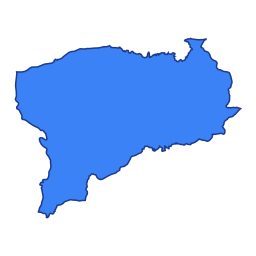 outline of Bazartete, Liquica, East Timor
{"feature_id": "22284137B77878310699205", "entity_name": "Bazartete", "entity_type": "district", "adm_level": 2, "iso_a3": "TLS", "parent_name": "East Timor", "parent_adm1": "Liquica", "projection": "mercator", "projection_center": [125.444, -8.63], "detail": "fine", "context": "isolated", "style": "filled", "palette": "blue", "viewbox_px": 256, "rotation_deg": 0, "n_neighbors": 0, "source": "geoboundaries", "source_scale": "gbopen_adm2", "svg_char_len": 5699}
<svg xmlns="http://www.w3.org/2000/svg" viewBox="0 0 256 256"><path d="M206.4,38.5L205.9,39.1L204.2,39.3L203.5,39.6L198.4,39.8L191.9,39.0L190.6,38.4L189.6,39.0L188.0,38.9L184.9,40.1L184.6,40.6L184.8,40.9L186.1,41.1L186.7,41.7L187.6,41.6L188.1,42.2L188.7,42.5L188.9,44.0L190.0,44.8L190.2,47.3L191.5,48.2L192.3,49.4L190.8,50.1L190.0,51.9L189.6,52.1L189.1,52.9L188.5,53.1L188.6,53.7L188.1,54.6L188.1,55.2L187.0,56.2L187.1,56.8L186.1,57.1L186.4,57.5L185.9,57.5L186.1,57.8L185.5,58.5L185.0,59.8L184.5,60.4L183.3,60.5L182.5,60.9L182.3,61.3L181.9,61.2L181.3,60.0L180.6,59.7L179.3,60.5L178.6,61.6L176.6,61.4L176.2,60.5L175.1,60.2L174.8,59.9L174.8,58.5L174.4,57.9L174.1,56.9L174.1,56.6L174.5,56.4L173.9,56.3L173.6,55.6L175.0,53.9L174.7,53.4L173.3,52.8L172.3,53.2L171.7,54.3L169.3,53.9L168.3,53.5L168.2,52.9L167.4,54.3L167.1,54.3L167.0,54.0L166.1,54.4L164.7,54.2L164.6,52.9L163.9,53.2L163.2,52.8L161.5,52.9L160.3,53.5L159.9,54.1L159.6,53.8L159.3,53.9L159.1,54.1L159.3,54.4L159.0,54.6L159.1,54.3L158.5,54.2L158.3,53.8L157.3,53.8L156.5,54.5L156.6,55.1L156.3,55.3L156.3,55.1L155.8,55.1L155.7,54.6L155.4,54.7L155.5,54.4L155.0,54.5L154.9,55.1L154.8,54.5L153.5,55.1L153.2,55.0L151.4,56.8L150.7,56.8L149.9,57.5L149.5,57.2L149.6,55.6L149.1,54.6L149.4,54.2L149.1,53.2L148.8,52.8L148.9,52.4L148.5,52.3L147.9,53.5L147.5,54.9L147.3,56.1L147.1,56.4L147.5,56.4L147.4,56.6L145.7,57.5L144.3,57.6L142.2,56.7L142.1,56.0L141.1,54.4L139.8,53.7L139.2,53.6L138.1,54.1L136.2,54.0L134.4,53.0L133.6,52.9L133.0,51.8L132.2,51.3L131.0,52.0L130.5,53.0L129.1,52.9L128.5,52.5L128.5,51.2L128.1,50.5L126.8,50.4L126.1,50.8L125.6,51.6L124.8,51.6L124.5,51.5L124.5,51.0L124.2,50.7L123.4,51.1L122.9,50.8L121.4,48.5L120.5,48.3L120.1,47.5L119.7,47.7L119.2,47.2L118.9,47.3L118.5,48.0L118.1,48.1L116.3,47.7L112.5,47.6L111.2,47.4L110.9,46.8L109.4,45.7L108.7,46.2L106.4,46.7L103.3,46.8L99.0,47.9L94.3,48.1L88.8,48.6L87.4,48.5L84.6,49.0L80.0,48.8L74.4,51.3L71.4,51.6L68.9,52.5L63.3,56.7L61.9,58.2L59.3,59.4L57.9,59.4L57.7,59.9L57.2,60.1L56.3,60.0L55.8,59.3L55.2,59.4L54.6,60.3L54.1,60.7L54.3,61.4L54.0,61.9L51.5,63.2L44.7,64.1L37.3,67.0L31.8,67.1L29.5,68.4L27.3,70.2L24.6,71.5L21.5,72.0L16.6,71.9L16.8,73.9L15.8,82.6L15.6,86.1L16.3,91.8L16.4,96.2L15.4,99.2L15.7,100.1L16.5,101.3L17.9,102.3L18.4,103.0L18.5,104.0L17.9,105.8L16.7,106.9L16.8,108.4L17.0,108.8L18.7,109.5L20.9,113.4L22.0,115.8L21.8,118.7L22.6,119.4L24.5,119.7L26.6,120.8L29.6,123.1L33.8,125.8L38.5,128.0L40.7,130.3L41.1,130.5L42.6,130.3L43.7,131.3L45.8,133.8L46.8,138.1L46.9,139.0L46.7,139.6L46.3,139.8L45.6,139.9L42.4,137.9L40.3,137.8L39.4,138.6L39.6,140.3L40.0,141.7L41.3,144.2L43.4,146.5L46.6,148.4L46.9,149.5L46.3,152.1L46.5,153.3L47.2,154.7L48.8,156.7L49.9,159.2L50.5,159.9L50.6,160.6L50.5,162.5L50.8,164.2L50.9,167.2L50.4,169.0L49.0,171.7L48.8,176.0L47.9,178.3L47.6,178.9L46.3,179.5L43.3,179.6L42.7,180.2L42.6,180.6L43.3,181.7L43.0,182.3L42.5,182.5L41.6,182.2L40.8,182.7L40.2,183.7L39.9,184.6L40.2,185.1L41.5,185.3L42.2,185.9L41.3,188.0L41.8,189.5L43.2,196.6L42.8,199.2L41.6,202.7L41.6,204.2L39.5,208.1L39.2,210.0L38.5,211.2L38.5,212.1L41.1,212.3L43.2,213.4L45.2,213.5L45.6,213.8L46.6,215.9L46.4,217.4L47.5,217.6L47.9,217.3L48.2,216.3L48.3,216.2L48.5,216.5L49.0,215.8L49.4,214.3L50.6,213.3L52.6,214.0L53.2,213.8L54.1,212.5L54.0,211.8L55.1,211.2L54.8,210.0L55.6,209.3L56.1,207.9L56.7,207.1L57.2,205.3L60.5,204.8L61.6,204.3L63.2,203.3L64.4,201.9L64.9,201.6L69.8,199.9L70.9,199.7L72.2,200.0L76.2,200.2L79.5,201.0L82.4,200.4L84.5,200.5L85.3,200.3L85.8,196.9L87.2,194.1L87.4,192.4L87.2,191.4L86.0,189.8L85.9,189.1L87.2,186.8L86.6,183.4L87.3,181.7L87.4,179.9L88.2,179.4L89.0,178.0L88.9,176.2L90.0,175.8L91.4,174.2L92.0,173.9L92.5,174.1L93.2,173.9L94.3,174.6L95.9,174.9L97.2,177.6L98.5,178.8L100.2,179.5L101.1,179.5L103.2,178.8L107.4,176.3L111.3,174.4L115.9,172.9L117.1,171.7L119.7,170.2L119.8,168.4L121.0,166.9L124.2,166.4L127.4,164.2L130.1,159.3L130.7,157.7L131.4,156.7L133.1,155.9L134.2,155.8L136.4,154.9L138.3,153.8L140.9,152.8L142.4,151.0L142.2,149.1L142.3,149.0L143.6,149.1L144.0,148.9L143.9,148.4L145.0,146.3L147.8,146.3L148.8,147.2L149.6,147.2L149.9,147.7L151.5,147.5L152.2,148.0L152.6,149.8L153.0,150.1L153.5,149.2L154.2,148.9L154.6,149.8L153.4,150.3L153.3,150.6L154.3,151.0L155.6,150.6L156.2,149.8L157.6,149.1L158.5,148.3L159.3,147.2L159.6,146.3L162.6,148.4L161.9,149.8L161.9,150.9L162.3,151.3L165.2,150.5L164.7,146.2L165.5,146.3L166.4,147.7L167.5,147.8L168.7,148.7L169.0,148.6L168.9,146.4L170.9,146.3L172.0,144.5L174.1,143.9L175.2,144.0L175.7,143.8L175.9,143.0L176.7,143.1L176.8,143.8L179.3,143.9L180.5,144.5L182.1,144.4L184.1,145.1L184.8,144.8L185.9,143.6L187.2,144.1L190.1,144.7L191.1,144.1L191.2,143.3L192.1,143.1L192.6,143.2L195.2,142.2L195.9,141.5L196.8,141.2L197.4,140.2L198.8,139.7L199.2,139.0L202.1,140.1L205.9,140.6L206.9,141.3L208.4,141.0L209.3,140.5L211.8,137.8L212.6,135.7L212.1,134.6L212.4,134.3L215.1,134.3L221.3,133.3L223.4,134.2L224.1,134.0L224.8,132.7L224.9,130.0L222.5,126.9L223.8,124.3L224.0,122.9L224.5,121.6L225.5,120.4L227.2,119.4L228.4,117.8L230.1,117.0L231.6,116.8L232.7,116.4L234.4,114.8L235.2,114.3L238.7,110.4L240.6,108.6L236.6,107.3L235.9,107.7L232.9,107.4L231.6,107.7L227.8,107.7L226.9,107.4L226.4,106.8L226.1,105.6L227.8,104.1L228.0,103.3L228.9,102.1L229.5,100.4L229.7,95.4L228.9,93.7L228.9,91.2L228.3,89.6L228.5,89.0L230.1,87.8L230.7,87.1L231.1,85.9L230.9,85.3L231.9,83.2L231.9,81.3L230.8,76.4L229.6,73.2L229.2,72.7L227.7,72.0L223.5,71.4L221.3,70.4L220.7,69.9L218.6,69.6L217.4,68.7L216.7,67.9L216.5,66.2L217.1,63.1L216.5,61.9L215.6,61.1L214.3,60.6L212.3,59.4L211.2,58.4L210.5,57.0L209.6,54.3L207.9,52.1L204.5,50.8L202.9,48.2L201.2,47.3L200.9,46.9L201.8,44.5L204.5,40.0L205.9,39.6L206.4,38.5Z" fill="#3b82f6" stroke="#1e3a8a" stroke-width="1.5"/></svg>